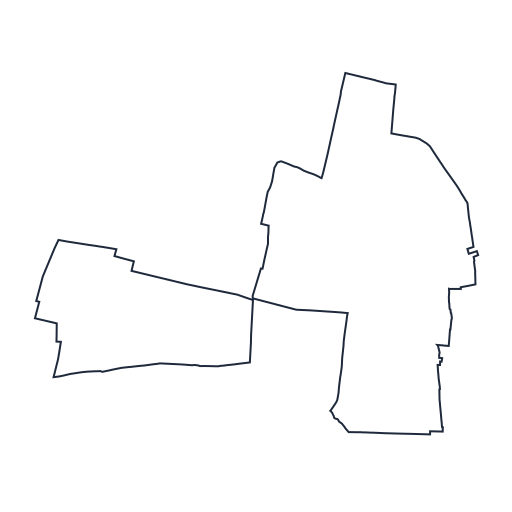 Santa Lucía del Camino, Oaxaca, Mexico, rotated 179°
{"feature_id": "50627088B1841246118365", "entity_name": "Santa Lucía del Camino", "entity_type": "district", "adm_level": 2, "iso_a3": "MEX", "parent_name": "Mexico", "parent_adm1": "Oaxaca", "projection": "albers", "projection_center": [-96.693, 17.063], "detail": "fine", "context": "isolated", "style": "outline", "palette": "slate", "viewbox_px": 512, "rotation_deg": 179, "n_neighbors": 0, "source": "geoboundaries", "source_scale": "gbopen_adm2", "svg_char_len": 4828}
<svg xmlns="http://www.w3.org/2000/svg" viewBox="0 0 512 512"><g transform="rotate(179 256 256)"><path d="M250.3,288.1L245.7,286.9L243.5,286.3L242.8,286.1L242.9,284.9L243.0,283.9L243.1,280.6L243.4,276.8L243.7,275.0L243.7,272.7L243.8,267.8L243.9,267.6L245.0,263.2L245.4,261.6L247.7,252.1L249.7,243.2L251.3,243.4L253.3,237.2L256.7,226.6L260.1,216.0L259.9,213.7L247.4,210.2L231.0,205.6L216.7,201.6L201.4,200.6L200.4,200.5L199.4,200.4L199.1,200.4L189.7,199.6L186.3,199.3L183.7,199.1L172.2,198.1L169.7,197.8L167.9,197.6L165.3,197.3L166.0,194.4L166.6,189.9L168.8,176.2L169.3,172.6L169.8,168.9L170.1,164.4L170.4,162.2L170.8,158.8L171.6,152.6L171.9,148.0L172.1,144.8L172.4,142.4L172.8,139.8L173.3,136.7L173.9,133.5L174.2,131.4L175.4,122.7L175.8,118.2L176.7,113.3L177.2,110.9L177.9,109.2L179.1,107.2L184.0,100.3L184.4,99.9L183.5,99.0L182.6,98.0L181.8,96.1L181.1,94.8L180.7,92.9L179.6,92.1L177.4,91.5L176.7,90.7L175.8,88.9L173.1,87.0L172.2,85.8L170.5,83.6L169.5,82.0L166.4,78.3L165.7,78.3L159.9,78.1L156.9,78.0L154.3,78.0L153.9,77.9L152.1,77.8L149.4,77.7L147.7,77.6L146.5,77.5L146.1,77.5L144.7,77.4L143.2,77.3L142.8,77.3L141.9,77.3L140.2,77.2L130.7,76.6L115.3,75.9L105.0,75.5L96.2,75.1L85.1,74.6L85.0,76.6L85.0,76.9L85.0,77.7L84.6,77.7L72.8,77.2L72.4,77.2L72.3,79.5L72.2,80.8L72.2,81.5L72.9,81.5L73.1,83.2L73.3,87.0L73.4,87.5L73.7,92.0L74.1,97.6L74.5,102.6L74.9,108.2L75.0,108.7L75.0,119.3L74.6,119.6L74.4,119.7L74.6,122.9L74.7,123.6L75.5,130.2L75.8,135.1L76.1,138.4L76.1,138.7L76.1,140.0L76.3,143.9L73.9,143.8L73.8,147.3L72.3,147.1L71.6,150.6L72.1,150.7L72.9,150.8L74.2,150.9L74.6,150.9L74.6,153.9L74.1,156.4L74.1,156.6L74.2,156.8L75.1,160.7L75.4,162.2L75.7,163.2L76.3,163.9L71.2,163.4L69.7,163.2L68.8,163.1L67.1,162.9L64.9,162.7L64.3,168.3L63.9,172.8L63.3,179.1L62.9,179.1L61.7,189.0L61.5,189.4L61.2,190.2L61.8,195.4L62.2,195.6L62.5,199.0L62.8,199.2L63.2,199.5L63.4,200.4L63.6,205.3L63.6,205.5L63.8,206.0L63.9,211.0L63.9,211.5L63.6,215.1L63.6,215.5L63.5,216.0L63.6,219.9L62.9,219.7L59.1,219.6L58.7,219.6L51.8,219.5L51.9,221.2L44.6,222.4L37.1,223.8L37.1,227.4L37.1,230.7L37.2,235.5L37.1,236.4L37.1,237.5L37.4,239.9L37.5,240.6L37.9,244.3L38.1,246.6L37.7,247.5L37.9,248.4L38.4,251.3L33.9,253.0L35.1,257.0L43.2,254.5L44.5,259.4L38.4,261.3L38.7,263.8L39.0,266.2L39.1,266.6L39.5,270.2L39.9,272.7L40.3,276.1L40.7,279.3L41.2,282.7L41.5,285.2L41.5,285.5L42.1,288.9L42.2,289.7L42.4,290.5L43.4,302.3L43.5,303.9L43.5,304.1L43.7,305.3L44.9,307.4L45.6,308.3L46.9,310.7L49.3,314.6L51.1,318.0L51.3,318.3L54.1,322.9L57.3,327.6L63.2,336.2L65.2,339.1L67.0,341.8L69.3,345.5L70.0,346.5L75.6,355.3L79.6,361.7L80.5,363.0L83.6,365.7L87.2,368.0L89.0,369.1L90.3,370.1L92.3,370.8L94.2,371.5L106.5,373.8L111.2,374.7L118.5,376.2L116.1,400.7L114.9,411.1L114.8,413.1L114.2,416.4L113.6,421.8L113.3,425.0L113.7,425.1L123.0,426.4L123.4,426.5L124.7,427.0L133.2,429.4L134.2,429.9L134.9,430.0L139.1,431.1L146.2,432.9L163.5,437.4L163.8,436.2L168.2,419.0L168.5,416.2L168.7,415.2L171.1,404.8L171.5,403.3L174.2,392.1L176.1,384.2L176.3,383.0L178.6,373.6L180.6,365.2L182.8,356.0L186.5,341.6L187.5,337.8L188.3,335.2L188.6,334.3L189.1,332.7L189.8,333.0L192.4,334.5L195.4,336.0L197.4,336.9L202.5,338.7L207.0,340.6L210.5,342.8L213.3,344.1L216.3,344.8L222.5,347.6L228.5,350.0L229.6,350.2L230.4,350.0L233.0,349.1L236.1,343.8L236.5,341.5L237.1,338.6L238.0,333.6L238.7,330.2L239.7,327.2L240.8,324.1L243.2,319.9L244.5,314.0L245.2,310.5L246.6,303.4L247.1,301.1L247.3,300.0L247.4,299.6L247.9,298.2L249.5,291.2L250.0,289.4L250.3,288.1ZM460.5,138.4L459.5,138.5L459.1,138.5L456.8,138.8L454.9,139.0L451.1,139.7L445.2,141.0L444.2,141.2L443.9,141.3L439.2,141.9L436.5,142.3L430.9,143.0L428.0,143.2L426.8,143.3L424.3,143.4L423.4,143.4L421.2,143.5L413.3,143.6L412.2,143.0L411.4,142.9L407.3,143.7L404.5,144.2L402.3,144.7L397.5,145.6L392.6,146.5L386.2,147.1L385.0,147.2L383.1,147.3L380.1,147.6L378.1,147.8L370.9,148.4L370.0,148.4L361.0,149.5L358.9,149.7L356.5,149.9L354.2,150.3L352.2,150.2L333.9,149.0L327.0,148.4L322.0,147.9L318.8,148.1L315.3,147.5L314.6,147.1L313.6,146.9L309.9,146.9L305.6,146.8L301.9,146.6L299.2,146.5L296.7,146.4L295.4,146.4L293.3,146.8L289.5,147.0L288.6,147.2L285.5,147.5L279.6,148.0L273.6,148.7L265.8,149.5L264.0,149.7L262.6,169.1L262.3,176.9L262.3,177.0L260.2,206.5L259.8,212.0L266.2,214.3L275.4,217.7L315.0,226.5L315.7,226.7L315.9,226.7L316.1,226.8L325.4,228.9L368.8,240.2L380.7,243.3L379.0,249.9L378.2,252.8L385.5,254.9L386.3,255.1L397.1,258.3L397.5,258.4L396.0,263.5L395.5,265.2L404.5,266.9L406.4,267.2L408.9,267.7L412.2,268.2L414.3,268.6L417.9,269.2L419.0,269.4L422.5,269.9L424.1,270.2L426.4,270.6L437.9,272.6L443.8,273.6L444.3,273.7L453.2,275.5L457.1,267.6L457.7,266.3L469.5,239.3L476.5,214.8L473.5,214.0L478.1,197.6L456.4,192.1L456.8,178.6L457.0,173.9L455.4,173.8L452.6,173.6L454.6,162.1L455.8,155.9L460.5,138.4Z" fill="none" stroke="#1e293b" stroke-width="2"/></g></svg>